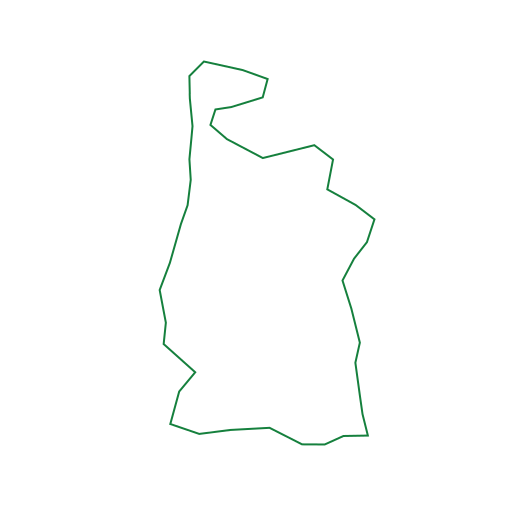 outline of Xyliatos, Nicosia, Cyprus, rotated 346°
{"feature_id": "46923920B57039776858603", "entity_name": "Xyliatos", "entity_type": "district", "adm_level": 2, "iso_a3": "CYP", "parent_name": "Cyprus", "parent_adm1": "Nicosia", "projection": "albers", "projection_center": [33.036, 35.022], "detail": "fine", "context": "isolated", "style": "outline", "palette": "green", "viewbox_px": 512, "rotation_deg": 346, "n_neighbors": 0, "source": "geoboundaries", "source_scale": "gbopen_adm2", "svg_char_len": 771}
<svg xmlns="http://www.w3.org/2000/svg" viewBox="0 0 512 512"><g transform="rotate(346 256 256)"><path d="M145.1,319.1L168.9,354.1L148.7,368.9L132.2,398.3L157.9,414.9L189.1,418.6L227.6,426.0L255.1,449.9L277.1,455.5L297.3,451.8L321.1,457.3L321.1,435.2L323.0,416.8L326.6,383.6L335.8,365.2L335.8,330.2L334.0,300.7L350.5,282.3L367.0,269.4L379.8,249.1L365.1,230.7L341.3,208.6L354.1,181.0L339.4,162.6L319.3,162.6L286.3,162.6L256.0,135.5L255.4,134.6L243.5,117.8L252.1,104.0L259.5,104.7L260.7,104.8L267.9,105.5L300.9,103.7L310.1,87.1L288.1,72.4L252.5,54.7L234.9,65.3L231.0,82.5L230.9,82.6L229.9,87.2L225.8,114.7L222.0,125.6L214.8,146.0L211.1,166.3L201.9,190.2L190.9,206.8L170.8,241.8L154.3,265.7L152.4,298.9L145.1,319.1Z" fill="none" stroke="#15803d" stroke-width="2"/></g></svg>